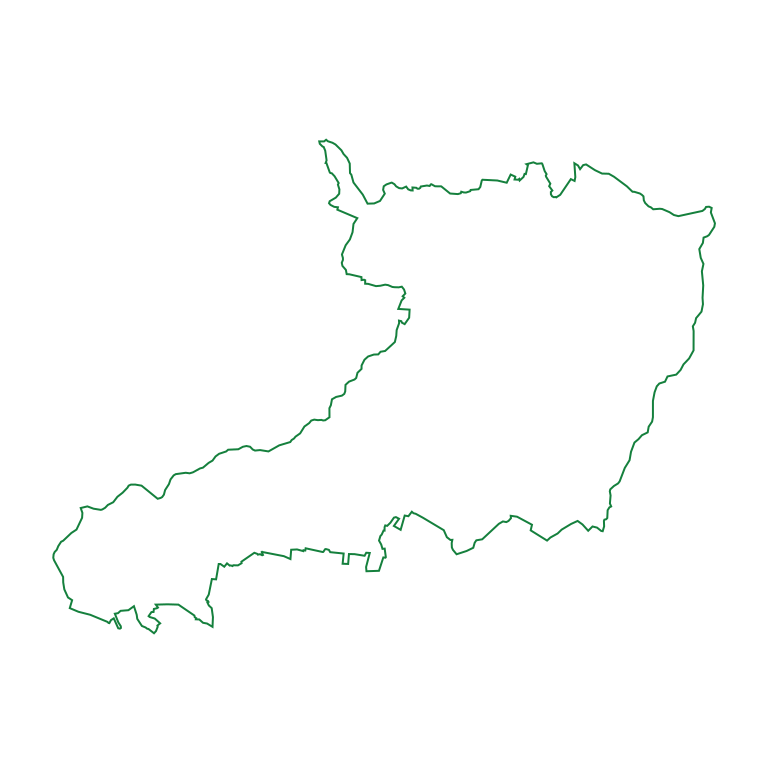 the district of Garbau, Cluj, Romania, rotated 269°
{"feature_id": "2599482B41163110615714", "entity_name": "Garbau", "entity_type": "district", "adm_level": 2, "iso_a3": "ROU", "parent_name": "Romania", "parent_adm1": "Cluj", "projection": "orthographic", "projection_center": [23.36, 46.847], "detail": "fine", "context": "isolated", "style": "outline", "palette": "green", "viewbox_px": 768, "rotation_deg": 269, "n_neighbors": 0, "source": "geoboundaries", "source_scale": "gbopen_adm2", "svg_char_len": 6118}
<svg xmlns="http://www.w3.org/2000/svg" viewBox="0 0 768 768"><g transform="rotate(269 384 384)"><path d="M554.3,714.7L555.6,712.1L555.4,709.1L553.4,707.9L551.5,705.4L546.7,681.3L547.9,676.8L550.8,672.5L554.1,665.2L554.4,662.9L554.0,656.2L556.0,653.9L557.0,651.6L560.4,648.3L563.1,647.0L567.1,646.7L568.6,645.2L570.0,643.2L571.8,637.6L571.9,635.8L577.4,630.3L587.2,617.6L590.3,612.4L590.6,605.7L594.1,598.7L600.0,589.9L599.4,587.0L595.4,583.8L599.1,581.8L601.4,578.2L587.5,578.9L583.7,578.1L585.6,574.4L570.1,563.5L567.6,559.5L568.0,559.1L567.8,557.0L568.8,555.3L570.8,554.2L573.1,554.2L574.5,555.7L578.9,552.6L581.4,553.8L588.4,549.7L589.4,549.4L591.0,550.2L594.0,548.4L601.1,546.2L601.9,545.6L601.5,540.7L603.0,537.3L601.3,530.3L600.2,531.7L591.4,529.5L591.6,528.2L588.6,527.1L585.1,523.2L586.7,522.8L585.9,521.7L586.2,518.1L589.0,518.9L591.2,514.3L583.1,510.2L585.5,500.8L586.5,486.0L585.7,485.3L579.3,483.7L577.1,481.9L576.5,474.0L575.3,473.6L574.0,469.4L574.1,467.2L574.9,464.6L573.4,464.1L572.6,461.2L573.3,453.4L580.6,444.7L580.8,438.5L582.9,434.9L582.8,434.3L581.2,433.1L581.7,430.4L580.8,424.2L579.5,423.7L578.6,422.3L578.7,420.8L579.6,419.8L580.0,415.9L577.0,416.0L577.1,414.1L578.2,411.6L581.0,409.6L579.2,405.5L579.6,402.5L581.4,399.6L583.6,397.9L585.2,395.3L585.1,394.7L583.5,389.9L581.7,387.2L578.1,386.5L574.3,388.1L567.1,383.2L564.7,377.3L564.6,370.7L573.7,366.1L586.0,357.0L593.8,355.0L595.5,353.7L605.0,353.6L610.8,351.0L614.6,347.6L618.4,345.5L624.3,339.7L626.1,336.7L627.7,332.1L629.2,330.4L627.6,328.3L627.7,323.5L625.3,324.0L622.5,326.7L622.1,327.8L618.3,329.3L608.6,330.5L606.0,329.5L605.9,330.3L596.7,333.4L595.9,334.0L595.6,335.5L592.6,338.2L585.7,342.2L584.2,341.4L579.4,342.8L575.0,342.5L571.2,339.1L567.7,332.9L565.7,332.2L564.0,333.6L562.0,337.3L561.5,341.0L559.1,340.4L550.3,360.2L544.6,356.3L536.3,355.2L529.1,352.4L523.4,348.1L514.2,344.2L510.8,345.1L508.8,345.1L505.9,343.9L502.8,344.5L498.7,347.9L494.5,348.6L494.3,351.3L491.3,363.3L488.3,363.4L488.6,365.9L488.1,367.0L484.6,366.9L484.4,369.9L482.0,377.7L482.3,382.0L483.3,386.9L482.8,389.8L480.9,394.0L480.6,396.1L480.4,400.4L481.0,403.5L478.1,405.7L474.1,406.9L471.4,404.2L469.9,405.8L467.3,403.1L458.8,399.6L457.9,410.9L449.8,410.3L443.5,405.7L445.0,403.0L446.5,402.4L447.1,400.1L444.6,400.2L437.7,397.6L431.9,397.1L425.8,395.6L417.0,385.7L416.3,381.1L413.7,378.8L413.6,374.3L411.8,368.6L408.6,364.9L402.9,361.9L399.5,361.8L395.7,357.7L390.5,356.3L389.0,354.6L387.0,349.1L383.8,345.5L377.3,345.1L374.8,344.1L373.1,341.7L371.9,335.9L369.6,331.7L363.7,330.5L360.8,329.0L351.7,328.9L348.8,324.6L348.6,322.5L349.2,320.8L349.0,317.3L349.6,313.6L348.7,310.6L346.2,308.5L342.9,303.7L336.1,299.3L332.9,294.6L331.0,293.0L329.6,290.7L327.6,289.3L324.5,278.2L318.6,267.3L320.1,258.9L319.7,253.9L320.8,251.6L323.6,249.0L324.4,245.4L323.7,241.8L321.3,237.2L321.0,227.0L319.3,225.0L317.1,217.9L314.5,214.3L310.4,211.2L308.2,207.3L303.5,201.5L302.8,198.6L299.0,191.4L298.1,188.1L298.7,184.2L297.5,174.2L296.3,172.1L292.3,168.9L287.6,167.2L281.8,163.3L277.2,162.0L274.8,160.2L274.0,158.7L273.2,155.7L286.6,139.8L287.8,133.4L287.8,129.1L286.8,126.9L284.8,125.7L279.9,120.8L275.9,115.5L270.5,111.2L267.9,105.8L265.1,103.0L263.5,100.2L263.1,98.7L264.4,91.4L266.8,85.3L265.3,78.6L260.4,80.2L255.5,79.8L243.8,74.0L240.5,68.8L232.9,60.5L231.9,58.4L227.6,55.5L223.9,53.9L221.8,51.8L219.5,50.7L216.0,50.3L213.6,51.0L196.7,59.8L191.2,59.8L184.2,60.8L176.1,64.3L173.3,68.4L165.4,65.9L161.6,74.5L158.4,86.2L151.0,103.3L149.9,104.4L149.7,105.2L152.7,106.9L154.4,109.7L144.4,114.0L144.0,115.7L144.7,116.7L146.4,116.6L150.3,114.2L159.0,110.9L159.5,114.0L161.8,116.7L162.3,124.5L166.2,130.1L157.6,132.7L153.5,133.2L146.3,137.7L144.7,141.4L143.4,143.0L143.2,144.2L138.8,149.7L140.9,151.7L145.2,153.5L146.4,153.2L148.6,156.0L153.5,150.7L155.1,145.7L156.0,144.6L160.0,147.5L160.1,149.6L163.1,150.0L163.8,153.1L164.4,154.1L167.4,152.0L167.5,163.7L167.0,174.6L155.8,190.4L154.1,190.7L153.1,192.2L152.0,191.8L151.8,195.2L148.4,198.9L147.6,202.9L144.2,208.3L153.9,208.9L162.9,207.8L165.6,205.0L168.7,203.6L169.2,204.7L170.2,204.1L170.8,202.7L171.8,202.3L176.5,205.1L192.0,208.5L191.6,212.7L206.9,215.6L206.9,217.3L204.1,221.1L207.4,223.9L205.1,226.6L205.3,227.6L204.6,229.4L205.4,230.1L205.2,234.8L207.3,238.5L208.8,238.3L217.5,251.4L216.3,254.5L215.6,254.9L216.0,257.1L214.9,259.2L215.2,260.0L218.9,258.5L218.2,259.2L213.6,280.9L210.6,287.4L219.9,288.3L220.1,294.2L218.3,300.4L219.2,300.6L218.9,302.4L221.1,302.8L217.1,319.7L217.2,320.4L219.8,322.2L220.0,323.0L219.1,326.0L216.8,327.3L215.2,340.7L205.0,339.5L204.7,345.0L214.6,346.0L214.4,351.5L212.6,361.6L215.6,363.3L215.3,366.8L201.3,362.9L197.1,363.2L197.3,375.7L210.6,380.3L210.3,382.4L210.8,382.8L219.4,381.8L219.2,379.6L223.6,378.4L227.5,376.3L232.0,377.7L233.5,379.1L237.5,381.0L237.4,382.0L240.9,382.1L242.6,382.8L242.1,384.7L245.2,388.0L250.2,391.6L250.7,393.6L249.0,396.7L241.9,391.4L237.9,398.1L252.1,402.4L251.4,406.1L255.8,409.6L254.3,411.2L253.7,413.4L249.6,420.6L236.8,441.2L229.7,444.2L226.9,447.7L227.0,449.6L223.8,448.9L219.4,449.0L217.0,450.0L212.5,453.6L215.6,463.7L218.7,470.4L223.7,471.9L226.1,473.6L227.0,479.5L242.2,496.4L244.5,500.5L243.8,503.9L244.9,506.1L247.6,508.6L250.0,508.4L249.0,514.7L240.7,529.5L235.1,528.1L224.6,544.3L227.6,547.7L231.5,555.0L235.3,559.1L240.8,568.6L243.7,575.2L240.1,580.0L233.7,585.6L237.9,590.0L236.7,594.5L233.3,598.6L233.0,600.1L237.8,601.6L243.3,601.5L244.5,602.0L244.9,603.8L246.1,604.9L253.9,605.4L256.7,607.2L257.6,609.0L260.6,607.8L268.6,608.6L272.8,607.9L274.7,608.4L278.0,612.1L280.5,616.3L282.5,617.9L295.9,623.3L303.5,628.2L311.9,629.8L321.1,633.4L324.4,637.5L328.3,641.0L331.0,646.8L336.7,647.9L341.7,651.4L346.1,652.3L362.4,652.6L371.0,654.4L376.9,656.7L379.7,659.3L381.4,665.0L386.6,667.6L388.3,676.4L392.9,680.8L398.4,683.8L404.2,689.5L412.2,694.1L431.6,694.5L436.3,693.8L439.8,696.1L444.4,697.2L450.8,702.7L458.2,704.3L464.6,704.0L477.0,704.9L491.1,703.8L498.5,705.5L504.6,702.9L513.4,701.6L519.5,705.3L524.8,706.1L526.1,709.8L527.4,711.6L535.4,717.0L538.9,717.7L549.8,713.8L554.3,714.7Z" fill="none" stroke="#15803d" stroke-width="2"/></g></svg>